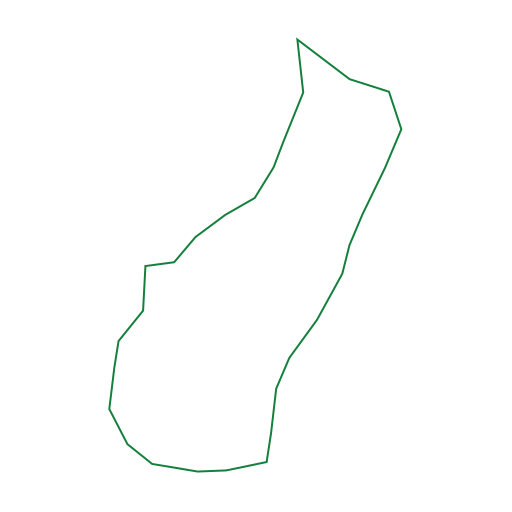 Agios Georgios Keryneias, Cyprus, rotated 93°
{"feature_id": "46923920B51635093907886", "entity_name": "Agios Georgios Keryneias", "entity_type": "district", "adm_level": 2, "iso_a3": "CYP", "parent_name": "Cyprus", "parent_adm1": "", "projection": "equal_earth", "projection_center": [33.268, 35.344], "detail": "fine", "context": "isolated", "style": "outline", "palette": "green", "viewbox_px": 512, "rotation_deg": 93, "n_neighbors": 0, "source": "geoboundaries", "source_scale": "gbopen_adm2", "svg_char_len": 521}
<svg xmlns="http://www.w3.org/2000/svg" viewBox="0 0 512 512"><g transform="rotate(93 256 256)"><path d="M271.8,365.9L316.5,365.9L348.1,388.8L374.4,391.6L416.5,394.5L450.7,374.5L469.1,348.8L474.3,303.1L471.7,274.6L461.2,234.6L432.2,231.7L387.5,228.9L356.0,217.4L316.5,191.7L269.2,168.9L240.2,163.2L208.7,151.8L161.3,131.8L121.8,117.5L85.0,131.8L74.5,171.8L37.7,226.0L90.3,217.4L140.3,234.6L166.6,243.1L198.1,260.3L216.5,288.8L240.2,317.4L266.5,337.4L271.8,365.9Z" fill="none" stroke="#15803d" stroke-width="2"/></g></svg>